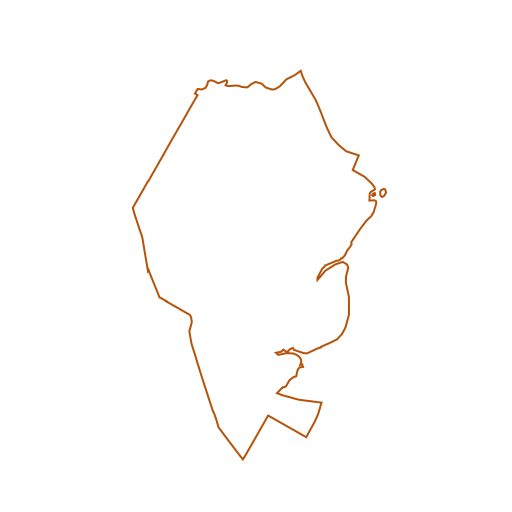 the district of Palmerston, Northern Territory, Australia, rotated 210°
{"feature_id": "25037944B38638552543628", "entity_name": "Palmerston", "entity_type": "district", "adm_level": 2, "iso_a3": "AUS", "parent_name": "Australia", "parent_adm1": "Northern Territory", "projection": "robinson", "projection_center": [130.965, -12.493], "detail": "fine", "context": "isolated", "style": "outline", "palette": "amber", "viewbox_px": 512, "rotation_deg": 210, "n_neighbors": 0, "source": "geoboundaries", "source_scale": "gbopen_adm2", "svg_char_len": 3372}
<svg xmlns="http://www.w3.org/2000/svg" viewBox="0 0 512 512"><g transform="rotate(210 256 256)"><path d="M165.7,73.3L165.5,76.3L165.5,83.9L165.7,122.1L165.7,123.9L121.9,124.2L122.3,141.8L122.8,147.1L123.3,150.7L124.1,154.3L125.3,158.9L125.6,160.2L125.9,161.8L126.9,161.4L144.5,154.0L147.3,152.9L150.2,152.1L159.5,149.7L164.9,148.3L165.8,148.3L169.2,147.7L167.6,154.3L167.6,154.6L167.4,154.8L167.3,155.1L167.2,155.4L167.2,155.6L167.1,155.8L166.9,155.8L166.4,155.9L166.3,156.1L166.0,156.4L165.6,157.3L164.9,157.9L164.9,165.2L162.8,170.3L161.3,171.5L161.1,172.1L161.0,172.5L161.3,172.9L161.6,173.5L161.8,174.3L162.2,175.1L162.5,176.5L162.8,177.9L163.0,179.3L162.6,181.3L162.0,181.7L160.9,182.5L159.8,183.4L161.9,185.3L163.2,183.8L164.2,187.6L165.6,189.1L168.0,190.3L171.4,190.7L174.8,190.3L180.9,187.2L187.3,181.5L190.3,182.2L186.3,185.7L185.5,188.6L181.9,188.3L180.5,189.5L180.2,191.8L178.2,194.8L176.1,193.7L166.6,195.6L163.2,197.1L156.5,206.7L154.1,209.3L154.4,209.7L148.3,218.1L144.2,224.2L142.6,231.1L142.6,234.9L142.9,239.5L143.0,239.7L146.3,252.0L155.2,267.2L164.8,277.8L167.8,283.2L170.2,291.9L172.9,294.2L178.0,294.2L183.1,288.4L188.5,278.2L190.8,266.1L191.9,267.9L192.3,278.2L191.3,280.8L191.6,282.0L183.8,292.3L182.5,293.0L181.1,295.3L181.1,296.5L180.1,297.2L179.4,301.0L179.7,305.8L179.7,306.7L179.1,310.9L179.1,314.0L180.4,315.6L179.3,331.6L179.3,331.8L178.1,341.4L177.1,345.2L176.1,347.9L176.1,353.2L176.8,355.8L177.5,359.3L178.5,362.3L179.5,363.5L181.2,363.5L185.5,360.7L188.7,366.9L188.7,368.8L186.3,373.0L187.7,374.8L192.5,376.8L201.7,378.9L215.2,378.8L217.3,394.5L230.3,391.8L239.7,393.4L250.0,396.5L259.4,403.0L270.9,412.3L279.5,418.9L279.6,419.0L282.8,421.2L292.4,426.7L300.0,431.0L304.9,434.4L309.9,438.7L312.8,432.1L318.0,424.2L320.2,414.9L322.8,410.1L325.3,408.2L331.8,406.8L337.3,408.1L343.4,406.5L346.0,402.6L347.4,398.6L348.1,397.5L352.6,395.4L356.6,394.6L359.4,393.1L364.8,389.3L367.7,388.6L367.8,391.9L368.5,393.1L369.6,393.4L374.6,387.3L375.6,386.6L379.0,386.6L379.7,386.4L382.8,385.8L384.8,383.1L383.8,379.7L383.8,376.3L386.5,372.9L389.6,371.7L390.0,371.5L390.1,367.9L390.1,366.2L387.1,366.1L387.1,361.3L387.1,349.6L387.0,341.5L387.0,333.0L387.0,332.3L387.0,316.4L386.9,302.4L386.8,297.9L386.8,289.9L386.8,289.3L386.7,283.3L386.7,278.5L386.7,274.3L386.6,266.7L386.9,267.3L386.9,264.5L386.9,264.0L386.8,245.1L386.8,236.4L386.3,235.7L384.6,233.9L384.4,233.7L383.9,233.3L383.4,232.7L382.5,231.9L382.0,231.4L380.0,229.6L367.7,218.7L366.6,217.8L366.0,217.2L365.2,216.6L364.7,216.1L364.3,215.6L363.7,215.1L363.2,214.5L362.6,213.9L362.1,213.3L361.6,212.6L356.9,206.9L342.1,189.0L342.1,190.2L341.0,189.3L340.2,188.7L339.8,188.3L327.0,178.3L322.2,174.6L319.1,172.0L314.9,172.1L311.1,172.1L310.7,172.1L310.8,171.8L298.1,171.9L290.8,171.9L288.5,171.9L285.8,171.9L284.4,172.0L283.8,171.9L283.3,171.6L282.7,171.3L282.4,171.0L282.1,170.8L281.4,170.3L278.5,166.6L276.1,157.5L268.3,148.1L265.4,145.4L260.0,140.5L257.0,137.7L253.2,134.1L251.9,132.9L242.6,124.3L232.3,115.0L224.2,107.7L215.7,100.1L213.6,98.8L209.9,95.6L209.6,95.4L209.3,95.1L208.1,94.0L202.8,88.9L186.9,82.1L175.1,77.1L165.7,73.3ZM177.5,370.3L176.1,370.3L175.1,372.2L175.1,376.0L177.5,378.3L178.9,377.9L180.6,375.6L180.6,373.7L178.9,371.1L177.5,370.3ZM184.6,369.9L185.3,369.2L186.0,367.6L185.6,366.5L184.6,366.5L183.3,368.4L184.6,369.9Z" fill="none" stroke="#b45309" stroke-width="2"/></g></svg>